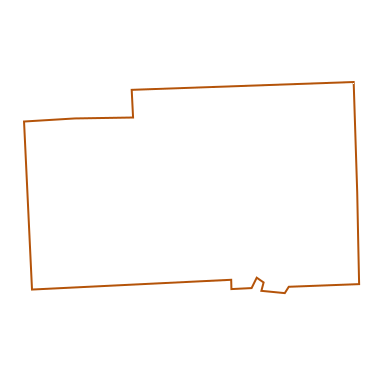 Lee, Illinois, United States of America, rotated 178°
{"feature_id": "52423323B51586507670768", "entity_name": "Lee", "entity_type": "district", "adm_level": 2, "iso_a3": "USA", "parent_name": "United States of America", "parent_adm1": "Illinois", "projection": "orthographic", "projection_center": [-89.364, 41.748], "detail": "fine", "context": "isolated", "style": "outline", "palette": "amber", "viewbox_px": 384, "rotation_deg": 178, "n_neighbors": 0, "source": "geoboundaries", "source_scale": "gbopen_adm2", "svg_char_len": 380}
<svg xmlns="http://www.w3.org/2000/svg" viewBox="0 0 384 384"><g transform="rotate(178 192 192)"><path d="M28.2,94.1L27.7,131.1L26.9,185.7L26.6,296.3L248.7,296.2L248.4,275.4L248.3,268.5L306.6,269.6L357.4,268.3L355.3,100.1L155.9,102.9L156.0,93.6L135.8,93.9L130.3,104.1L123.6,99.1L126.1,90.8L102.8,87.7L98.6,93.9L28.2,94.1Z" fill="none" stroke="#b45309" stroke-width="2"/></g></svg>